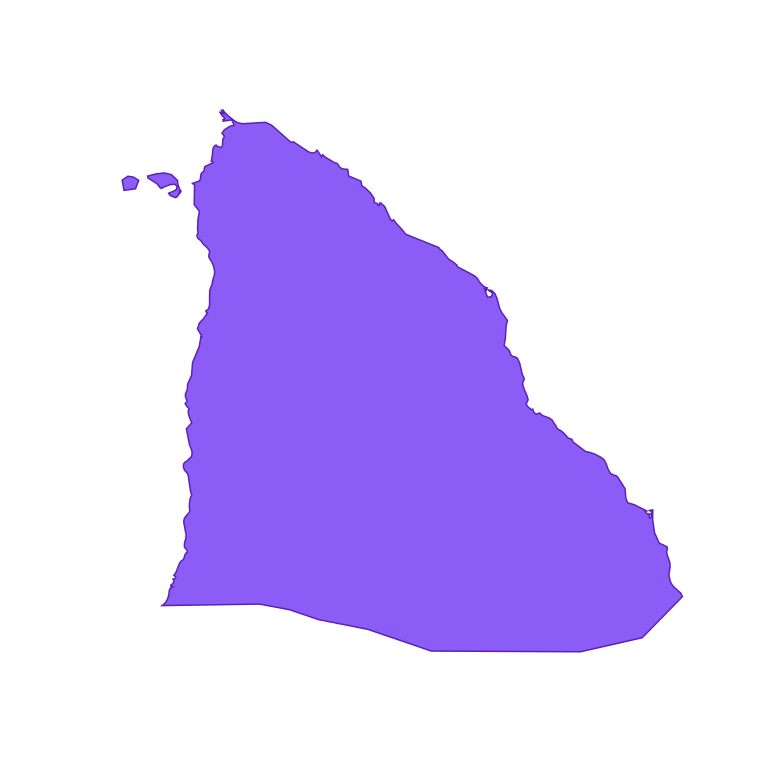 outline of Janub Sina', rotated 170°
{"feature_id": "EGY-1557", "entity_name": "Janub Sina'", "entity_type": "Governorate", "adm_level": 1, "iso_a3": "EGY", "parent_name": "Egypt", "parent_adm1": "", "projection": "robinson", "projection_center": [33.959, 28.827], "detail": "fine", "context": "isolated", "style": "filled", "palette": "violet", "viewbox_px": 768, "rotation_deg": 170, "n_neighbors": 0, "source": "natural_earth", "source_scale": "10m", "svg_char_len": 4887}
<svg xmlns="http://www.w3.org/2000/svg" viewBox="0 0 768 768"><g transform="rotate(170 384 384)"><path d="M641.0,204.3L638.7,205.6L636.8,207.1L635.1,209.0L633.5,211.6L632.2,214.7L631.5,217.5L630.2,219.7L627.2,220.8L628.0,221.1L628.7,221.1L629.1,221.5L628.9,222.9L627.0,223.9L625.5,225.3L624.9,226.9L625.8,228.4L623.6,228.8L622.6,229.6L622.8,230.6L624.2,232.0L621.6,234.6L616.3,243.2L615.2,244.4L612.7,245.7L611.5,246.7L610.6,248.4L609.9,250.0L608.8,251.4L606.8,252.7L606.8,254.3L608.9,258.1L608.1,262.0L606.3,265.7L605.1,269.1L605.2,283.1L603.9,286.4L601.3,288.9L598.6,290.9L597.3,292.5L597.1,296.3L596.2,300.6L594.8,304.8L592.6,308.2L593.2,311.3L592.7,327.7L593.2,330.3L595.4,333.7L596.0,337.0L595.3,340.1L593.5,341.6L591.4,342.4L586.3,345.9L585.5,347.3L584.8,350.9L585.0,352.6L586.1,358.1L586.4,374.2L580.3,378.9L580.3,380.6L581.0,383.0L581.6,386.7L581.7,390.6L580.3,393.8L581.1,394.8L581.9,396.0L583.3,399.2L581.2,400.7L580.9,402.2L581.4,403.8L581.8,405.8L581.3,408.6L580.2,410.5L579.1,411.8L578.6,413.2L577.4,418.0L572.0,425.9L568.8,438.4L559.5,452.9L556.6,460.7L556.4,461.4L556.4,462.1L556.1,462.5L555.0,462.3L558.1,470.7L555.3,476.0L550.0,480.0L545.5,484.7L546.1,485.3L546.4,485.4L546.9,486.8L543.8,488.4L542.1,491.9L539.9,504.0L539.1,506.9L536.4,511.5L535.9,511.7L535.2,514.7L531.9,521.4L531.2,524.7L531.4,529.3L532.0,532.8L533.1,535.8L534.3,538.8L534.4,540.4L532.6,545.0L534.5,549.1L537.5,552.8L539.6,557.2L541.7,559.3L542.4,560.8L542.4,562.8L541.8,564.0L541.2,564.7L540.8,565.6L540.7,569.0L538.6,578.5L535.8,586.1L539.8,593.7L536.0,612.8L537.7,614.8L531.7,615.8L529.8,616.7L529.1,618.2L528.4,620.7L527.4,623.1L524.4,625.0L522.9,628.9L521.0,629.8L519.3,630.0L516.1,631.1L513.8,631.5L514.3,632.6L514.3,632.9L514.5,633.0L515.5,633.5L513.8,637.6L511.4,645.8L509.2,648.3L507.6,648.3L506.9,646.9L505.0,646.2L503.4,645.0L501.8,646.6L500.3,652.6L498.1,655.7L500.0,659.1L497.1,662.0L492.6,664.0L489.5,664.8L487.3,664.6L486.7,664.8L487.6,669.0L488.4,670.6L496.7,670.7L496.7,672.4L495.0,672.4L495.0,674.2L496.2,675.4L497.0,676.6L498.2,679.8L495.9,678.6L495.0,677.9L495.3,679.0L495.3,679.5L495.6,679.7L496.7,679.8L496.7,681.8L495.0,681.8L493.9,679.4L489.8,673.8L485.4,669.0L483.5,667.3L481.1,666.0L477.6,664.8L455.3,662.3L449.8,658.5L434.3,638.9L433.1,638.1L431.1,638.2L417.9,625.6L415.0,624.0L412.0,623.8L409.3,625.9L406.1,618.7L404.6,620.4L402.5,617.7L394.4,610.6L392.5,609.7L391.9,609.3L391.1,608.1L390.2,605.8L389.5,604.7L387.9,603.3L386.1,602.6L382.5,601.7L382.6,594.9L371.5,587.8L371.4,583.0L368.2,580.1L364.2,574.5L361.5,568.6L362.0,564.7L360.9,563.8L359.9,563.3L359.2,562.5L358.7,560.8L357.2,560.8L357.2,562.8L355.5,562.8L354.8,561.5L352.8,559.1L352.4,558.2L349.0,545.0L347.7,543.0L346.1,544.1L344.3,540.5L338.9,532.1L336.6,527.7L306.4,508.9L305.0,506.0L304.0,505.7L298.7,495.8L294.2,491.6L291.5,488.3L291.5,486.8L276.8,475.4L274.4,472.8L273.3,470.8L272.6,468.5L270.7,465.2L268.2,462.1L265.5,460.7L266.9,458.7L266.9,460.7L268.6,460.7L267.0,451.7L263.2,451.1L261.2,454.7L265.5,458.7L261.6,457.3L259.1,453.8L257.9,448.8L256.9,437.9L255.4,433.3L251.4,425.2L253.7,419.8L256.7,407.3L259.1,401.1L256.3,397.5L254.9,395.3L253.7,389.9L252.0,388.6L250.0,387.8L248.2,386.3L246.8,381.3L246.1,369.2L245.1,365.7L245.1,364.1L247.1,361.5L247.5,359.2L246.6,353.0L246.1,351.5L245.2,347.6L244.8,343.6L245.9,341.7L247.6,339.9L246.0,336.2L243.3,333.2L241.9,333.4L241.4,330.5L240.1,328.5L238.1,327.7L235.8,328.5L233.4,325.4L227.2,321.9L224.8,319.5L221.9,312.6L221.5,311.0L220.8,309.6L217.4,306.8L216.6,305.5L215.9,305.0L212.1,298.9L211.4,298.4L209.5,297.5L208.8,297.1L208.4,296.3L207.8,294.1L207.4,293.4L197.0,282.3L193.4,281.0L188.2,278.1L183.4,274.4L180.4,271.2L179.1,266.9L178.1,261.3L176.4,256.4L173.4,254.3L171.3,253.5L169.8,251.3L165.1,239.7L164.8,239.5L165.6,229.4L164.8,224.8L158.6,221.7L147.4,213.4L149.1,213.4L148.2,211.5L147.2,210.5L146.0,210.1L144.4,209.7L144.9,209.1L145.5,208.6L145.9,207.6L145.8,205.9L144.4,205.9L143.3,208.2L142.7,210.3L143.1,212.1L144.4,213.4L141.2,213.4L143.0,203.5L143.4,190.8L140.7,179.7L133.5,174.4L133.5,172.7L134.9,169.4L134.7,165.6L133.9,161.6L133.5,157.7L134.1,153.7L136.1,148.2L136.6,145.6L136.4,141.1L135.9,138.1L135.0,135.9L133.6,133.5L128.0,126.4L127.2,123.3L127.0,122.8L173.8,89.3L237.1,86.2L383.8,112.8L442.8,145.3L489.5,163.4L516.2,178.1L544.9,188.9L641.0,204.3ZM572.5,620.4L576.2,623.8L580.7,627.8L580.7,629.8L571.8,630.5L563.7,630.0L557.0,627.1L552.4,620.9L552.0,620.4L552.3,616.7L551.5,611.4L550.4,609.3L551.2,608.0L551.5,607.7L551.5,607.8L551.9,609.3L552.0,609.2L552.8,607.2L553.9,605.5L555.3,604.4L556.8,603.7L560.8,606.0L562.2,607.4L563.0,609.3L557.0,610.6L554.4,611.9L553.5,614.8L554.6,616.0L555.5,617.0L559.5,617.5L566.2,616.3L569.1,615.2L569.6,615.8L570.1,615.8L571.2,617.6L572.2,619.6L572.5,620.4ZM606.4,619.8L606.5,630.2L600.1,633.1L594.7,631.2L590.2,627.1L594.8,619.4L606.4,619.8Z" fill="#8b5cf6" stroke="#5b21b6" stroke-width="1.5"/></g></svg>